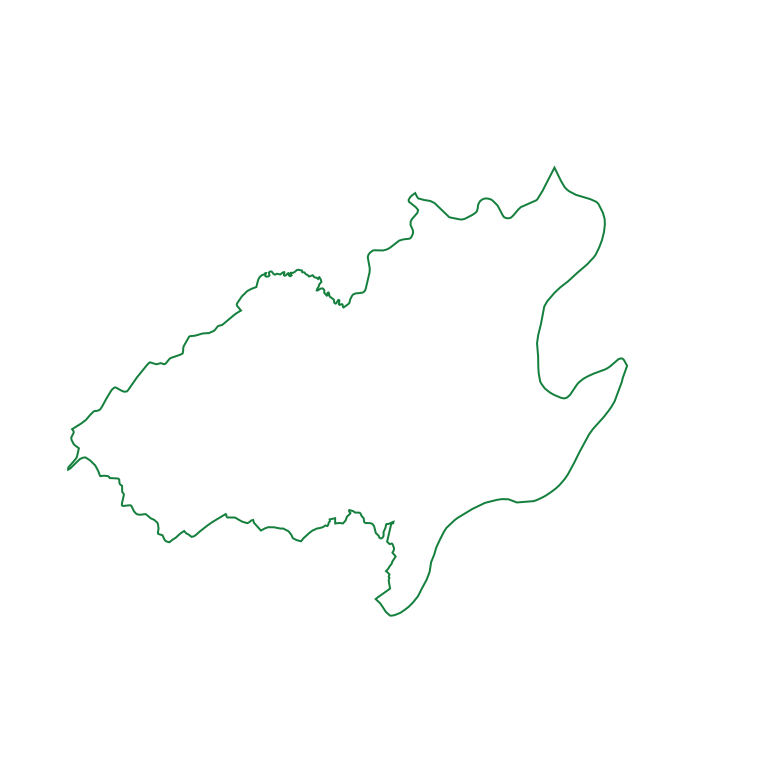 Chi Linh, Hải Dương, Vietnam (Equal Earth projection), rotated 223°
{"feature_id": "81297802B28152038240632", "entity_name": "Chi Linh", "entity_type": "district", "adm_level": 2, "iso_a3": "VNM", "parent_name": "Vietnam", "parent_adm1": "Hải Dương", "projection": "equal_earth", "projection_center": [106.421, 21.128], "detail": "fine", "context": "isolated", "style": "outline", "palette": "green", "viewbox_px": 768, "rotation_deg": 223, "n_neighbors": 0, "source": "geoboundaries", "source_scale": "gbopen_adm2", "svg_char_len": 6166}
<svg xmlns="http://www.w3.org/2000/svg" viewBox="0 0 768 768"><g transform="rotate(223 384 384)"><path d="M581.3,138.2L579.3,137.9L578.2,137.3L577.8,136.9L576.2,131.5L574.5,130.1L570.6,128.6L568.6,128.3L563.3,128.9L559.4,122.2L558.5,120.2L558.2,116.2L558.0,108.0L557.2,106.4L556.6,105.9L555.9,108.2L555.2,121.8L553.9,124.8L552.3,126.7L546.6,127.7L539.7,127.5L534.0,125.6L529.2,123.2L528.6,123.2L526.4,125.8L523.4,128.2L521.7,128.5L520.4,128.2L514.3,133.3L513.4,133.7L512.1,133.3L510.7,131.8L509.5,130.9L508.5,130.6L506.1,130.9L502.0,126.6L499.4,126.1L498.6,125.5L494.2,117.9L493.0,116.6L492.4,116.5L491.5,117.0L487.2,122.0L486.4,122.5L485.1,122.4L480.0,120.4L477.2,120.1L475.6,120.4L473.3,121.9L469.9,126.0L469.2,126.4L462.9,126.7L459.5,127.9L455.3,128.0L453.7,127.3L450.3,124.5L447.9,121.0L446.9,120.4L442.8,122.3L438.1,120.4L436.2,120.3L435.3,120.7L433.0,121.9L432.5,125.8L431.5,129.4L431.0,135.7L429.9,140.2L426.9,139.9L423.9,140.7L420.6,140.9L419.2,142.8L418.6,145.4L418.2,150.1L416.6,160.2L415.3,166.3L411.1,180.9L410.2,180.8L408.8,179.7L407.5,179.6L401.9,184.7L394.1,186.5L389.8,188.6L389.1,189.0L388.4,190.6L387.9,193.9L387.0,195.3L384.4,193.8L374.1,192.9L372.4,197.7L371.0,200.3L366.7,204.2L360.8,207.9L359.3,209.5L353.3,211.2L348.9,210.5L346.1,209.3L345.0,209.2L341.3,210.3L337.4,212.4L337.7,216.3L337.0,224.4L336.3,228.2L334.3,232.9L332.8,234.7L331.1,237.6L330.3,240.7L328.6,241.4L328.5,241.9L329.1,243.8L329.9,244.7L329.9,246.7L331.4,247.9L328.2,252.5L324.6,248.7L321.6,252.2L318.9,254.0L319.0,258.0L320.6,261.6L320.3,266.3L320.5,266.7L322.2,266.9L323.3,267.7L323.4,268.2L319.8,270.0L317.6,270.2L314.0,273.3L312.6,273.2L310.7,272.3L307.2,271.9L304.8,269.8L303.9,269.5L302.6,269.8L299.4,272.7L297.1,273.8L294.2,273.2L288.3,269.4L284.6,269.4L282.5,268.5L281.1,268.8L280.4,269.6L280.3,270.9L280.5,272.1L281.7,273.8L283.3,275.2L284.8,279.7L286.7,282.8L286.6,283.3L285.2,284.9L283.1,289.7L282.3,288.5L283.3,286.6L274.2,270.8L270.8,270.7L269.7,272.4L269.2,272.7L268.2,272.5L265.5,271.2L264.3,270.4L263.5,269.2L262.8,266.4L257.8,265.8L257.0,261.0L256.6,259.3L255.8,257.8L255.6,255.0L254.9,251.5L254.9,248.5L251.9,248.7L250.1,248.4L249.0,246.1L247.8,245.9L247.0,244.1L246.1,243.1L240.0,238.5L243.1,223.6L243.4,221.0L237.0,221.0L227.2,218.6L221.8,218.7L220.8,219.4L218.7,222.0L216.0,227.8L214.8,233.0L214.0,237.9L213.8,243.9L214.4,252.1L216.6,259.4L219.3,269.8L222.5,277.7L228.0,285.8L231.0,293.6L234.3,300.2L236.6,307.2L239.3,316.4L240.2,321.3L239.5,332.6L238.9,336.1L234.1,353.0L229.1,365.9L222.3,376.4L219.2,380.3L214.3,384.6L206.0,388.0L194.5,400.6L192.7,404.3L190.4,410.1L189.6,412.6L188.2,418.5L187.1,424.6L186.7,429.4L187.0,437.4L187.8,443.0L191.1,455.8L194.7,467.9L199.7,487.2L200.5,493.8L200.8,510.1L201.4,517.0L202.1,522.3L203.6,528.8L211.6,548.0L213.5,551.2L218.6,563.1L224.9,565.2L226.9,565.2L228.1,564.4L229.4,562.2L230.7,550.7L231.3,548.2L232.2,545.5L237.6,534.9L240.1,528.9L241.8,523.7L242.6,517.8L242.5,515.3L240.5,502.8L240.9,499.0L241.4,497.7L242.8,496.0L245.4,494.5L252.6,491.9L257.1,490.9L263.4,490.4L269.1,491.5L271.4,492.3L278.0,497.2L282.3,501.2L289.8,509.0L299.9,518.2L304.5,524.8L310.3,535.2L319.6,549.9L321.0,555.5L321.5,566.9L321.0,574.8L319.4,584.8L318.5,596.7L317.0,610.1L317.0,619.8L317.4,622.8L319.7,630.5L322.7,637.9L326.7,645.1L331.1,651.1L335.1,655.1L340.6,658.5L349.6,661.8L351.4,662.1L353.3,661.9L359.2,659.9L372.5,653.3L380.0,651.2L383.0,651.0L385.9,651.1L393.0,653.2L406.9,658.5L399.8,633.5L397.8,623.6L398.0,622.0L404.5,606.8L404.8,603.6L404.4,596.2L404.5,593.4L404.7,592.2L405.2,591.0L407.4,588.8L409.9,587.9L411.8,588.2L422.3,591.9L424.2,592.1L430.2,592.2L431.7,591.9L434.4,590.5L436.0,589.2L436.9,588.2L437.8,586.4L438.2,585.1L438.4,583.0L437.8,580.3L436.9,578.6L435.1,576.1L433.8,573.3L433.9,571.4L434.7,567.9L436.2,563.7L437.6,559.8L439.3,557.3L440.8,556.1L449.9,550.5L470.5,550.8L475.0,549.4L480.2,545.9L485.5,543.1L487.3,543.4L491.4,544.9L492.2,540.8L492.3,538.6L491.6,535.5L490.2,534.3L481.3,535.0L477.7,534.5L476.3,531.9L476.0,523.5L475.3,521.0L473.0,518.4L467.7,516.1L466.3,514.9L465.1,513.0L464.1,509.7L464.2,508.4L464.6,507.5L468.6,502.8L470.7,499.2L472.6,487.4L473.8,484.1L475.8,481.0L482.6,474.9L483.2,473.9L483.8,470.7L483.6,468.0L482.3,465.6L473.2,458.8L470.7,455.8L462.6,441.7L461.6,439.6L461.6,437.2L462.0,436.2L466.7,430.6L467.6,428.7L467.5,426.6L466.5,423.1L464.6,419.6L464.7,417.6L465.8,412.4L466.6,412.4L468.5,413.8L469.0,413.8L469.5,413.5L470.3,411.7L471.3,411.5L473.1,414.0L473.8,414.7L474.4,414.7L474.7,413.9L474.0,410.5L474.2,409.8L475.0,409.5L475.6,409.5L478.4,411.5L483.4,410.9L486.6,413.1L487.1,413.0L487.4,412.0L485.9,410.4L486.1,409.6L489.8,409.9L491.7,411.9L493.6,412.2L494.3,411.9L495.4,410.5L496.4,407.0L497.0,406.6L497.8,408.3L498.2,410.7L499.2,412.4L499.5,416.1L501.5,417.3L504.1,418.0L504.3,417.5L503.8,416.5L503.8,415.8L505.6,415.8L507.7,414.6L510.3,414.9L512.1,411.5L514.1,411.6L516.2,411.0L518.4,411.3L520.0,410.0L521.4,411.0L524.7,409.0L525.5,407.8L525.6,405.7L526.3,403.2L528.0,401.9L528.0,401.3L527.6,400.9L525.7,400.5L525.9,399.1L526.4,398.7L527.7,398.6L529.0,399.8L529.6,399.8L529.8,399.2L529.9,396.4L530.4,395.5L531.3,395.3L532.0,395.9L532.9,397.7L533.3,397.8L534.1,396.4L534.6,393.3L537.4,391.7L538.4,389.5L540.5,389.2L542.6,389.6L543.6,389.1L544.1,388.2L544.2,387.2L543.5,386.4L541.9,385.4L541.7,384.8L541.9,383.8L543.2,382.4L543.9,382.0L544.5,382.1L545.1,382.6L545.9,384.7L546.4,384.2L546.5,382.1L547.6,380.2L547.8,377.7L547.6,376.1L546.7,373.7L543.5,367.8L545.9,363.1L547.4,358.6L547.7,351.2L546.6,343.8L546.3,342.4L545.7,341.5L544.7,341.0L538.7,340.2L540.1,335.4L540.7,332.2L542.6,316.9L544.8,313.4L544.9,312.6L544.5,308.0L544.7,306.6L546.8,301.8L551.0,297.4L555.0,290.7L558.6,286.5L558.8,285.7L556.3,275.2L555.4,273.4L553.5,271.3L552.1,269.0L552.8,266.8L557.7,257.6L558.0,256.1L557.6,250.0L558.2,248.6L561.5,247.0L563.9,243.2L569.8,240.3L570.2,239.8L570.3,236.6L569.2,220.5L566.9,204.4L567.0,203.2L568.8,201.1L571.8,200.0L577.9,198.5L578.5,198.0L578.9,196.7L579.1,194.7L578.9,192.6L577.0,183.7L574.9,175.7L574.3,172.3L574.4,171.2L575.2,169.1L577.2,166.8L577.6,165.9L577.8,161.4L577.5,154.5L578.5,148.7L581.3,138.2Z" fill="none" stroke="#15803d" stroke-width="2"/></g></svg>